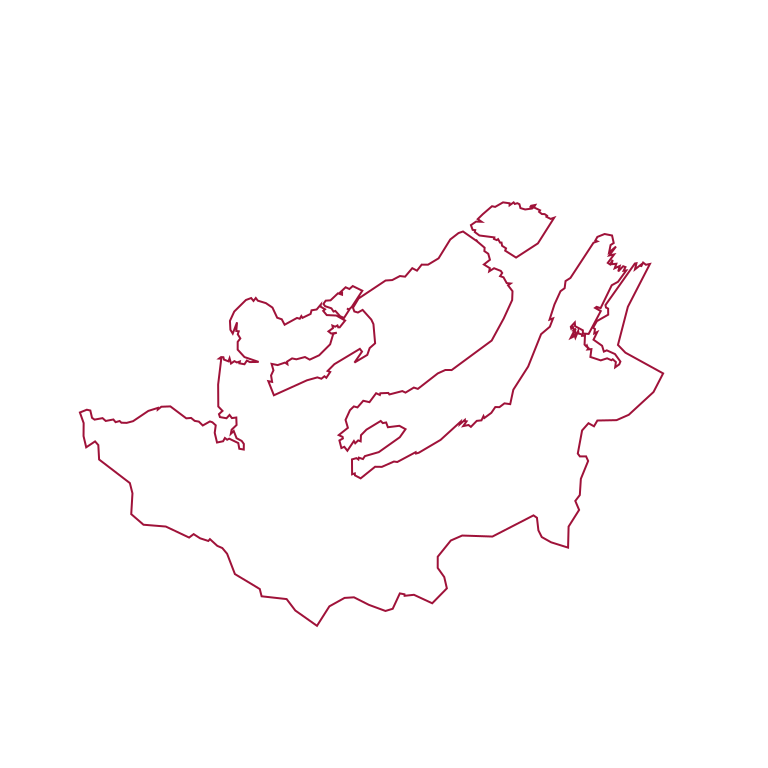 Hyllestad nor, Sogn og Fjordane, Norway (Albers equal-area conic projection), rotated 122°
{"feature_id": "86288312B29957343323174", "entity_name": "Hyllestad nor", "entity_type": "district", "adm_level": 2, "iso_a3": "NOR", "parent_name": "Norway", "parent_adm1": "Sogn og Fjordane", "projection": "albers", "projection_center": [5.193, 61.176], "detail": "fine", "context": "isolated", "style": "outline", "palette": "rose", "viewbox_px": 768, "rotation_deg": 122, "n_neighbors": 0, "source": "geoboundaries", "source_scale": "gbopen_adm2", "svg_char_len": 6156}
<svg xmlns="http://www.w3.org/2000/svg" viewBox="0 0 768 768"><g transform="rotate(122 384 384)"><path d="M141.3,222.1L144.1,225.1L143.7,228.6L148.4,228.2L146.6,229.3L153.8,231.9L147.8,233.9L148.9,235.1L199.7,238.0L201.5,236.3L201.3,233.9L206.4,230.6L217.9,236.8L225.5,236.5L225.6,234.2L229.7,232.5L226.9,230.7L235.4,229.8L236.0,219.3L240.0,214.7L237.4,212.9L236.2,204.0L239.7,195.4L242.7,194.9L247.3,196.8L242.5,199.0L241.8,203.1L243.3,203.7L244.0,208.4L249.1,212.7L251.7,223.3L244.5,226.6L246.8,229.6L244.4,229.5L245.6,230.1L243.8,232.4L244.9,232.5L244.3,234.8L236.5,239.2L238.2,241.6L237.0,242.2L238.1,245.7L236.2,247.4L243.3,246.2L242.1,247.6L246.1,250.1L238.7,250.8L242.0,249.9L240.3,247.5L237.9,249.8L238.4,251.6L235.6,250.3L237.3,252.1L235.7,253.8L237.8,254.5L236.5,255.9L230.7,254.8L233.7,252.6L233.1,243.8L235.8,242.1L233.1,237.0L207.3,238.8L207.6,245.3L205.9,244.6L204.9,240.5L179.6,243.2L173.3,239.7L159.3,238.7L161.0,240.8L156.9,241.2L157.4,243.6L164.4,245.0L159.0,246.6L163.6,249.7L158.9,250.7L161.7,254.3L157.6,255.9L162.8,255.5L162.7,258.4L152.2,257.5L155.6,261.1L144.5,260.1L153.2,262.8L146.1,265.5L142.7,263.9L137.2,269.3L139.9,276.4L146.2,281.0L150.3,280.8L150.0,278.7L153.2,281.2L195.3,282.1L200.5,284.6L207.0,281.6L211.8,283.5L226.2,281.6L241.7,277.7L238.8,275.4L247.6,273.7L258.5,277.2L292.8,271.0L320.3,271.3L334.2,266.3L336.6,271.6L342.4,273.8L344.6,277.4L351.6,277.7L359.7,280.9L358.5,282.6L363.2,282.1L366.1,285.8L374.3,287.6L374.0,290.6L377.7,294.5L371.9,294.2L372.6,295.7L371.6,296.4L377.9,298.3L375.4,299.1L401.4,306.4L423.9,318.1L426.0,320.0L425.0,321.0L443.1,331.4L444.5,334.5L455.4,341.9L458.9,347.7L476.4,353.8L476.9,360.2L475.3,361.4L477.5,363.2L464.9,371.2L461.5,368.1L461.6,365.7L459.8,366.3L458.8,362.1L455.3,362.0L444.5,352.3L420.8,342.4L410.9,341.8L411.3,348.8L418.6,357.8L415.5,361.8L417.8,364.3L417.1,367.2L432.0,374.7L439.6,376.4L445.0,373.4L445.5,376.0L449.5,377.0L448.3,379.3L460.0,379.7L458.3,384.4L460.9,386.2L455.5,391.9L452.0,390.0L450.8,391.1L451.3,395.3L440.3,391.4L434.8,397.6L424.2,399.0L419.0,397.7L417.9,394.1L409.2,392.7L407.1,386.7L396.0,385.8L395.5,381.7L393.8,382.2L389.3,375.6L390.0,373.9L380.3,364.7L379.9,361.2L371.2,356.8L370.2,352.7L346.5,344.0L339.6,339.4L336.3,334.0L290.1,315.7L264.9,317.2L244.9,319.8L237.2,324.2L234.6,331.1L231.7,329.9L233.4,333.4L230.2,339.2L231.0,342.7L227.2,342.6L226.2,344.9L227.5,352.0L232.7,354.5L229.7,355.6L229.7,362.6L222.5,360.0L218.3,364.6L218.1,369.3L215.1,370.9L213.6,381.4L212.4,381.4L213.6,382.0L212.8,397.8L216.5,400.8L226.3,404.4L248.5,404.3L259.5,409.9L262.8,415.3L270.4,416.1L270.8,421.4L281.8,423.0L284.0,427.7L291.5,432.1L295.4,437.5L325.0,450.9L335.8,450.7L338.2,447.6L337.2,444.0L332.5,441.4L336.1,428.9L338.8,424.7L354.2,413.1L361.1,415.2L368.2,413.6L381.5,420.4L368.2,419.8L367.0,423.1L393.5,436.6L402.8,438.7L402.3,436.0L409.3,436.2L409.0,438.6L412.7,439.9L413.7,444.0L421.7,451.3L451.9,471.4L442.9,483.6L441.5,480.0L436.6,484.3L431.0,485.0L426.5,490.0L424.3,484.2L418.3,479.3L418.4,476.4L416.4,478.1L411.0,475.5L409.5,471.4L403.0,465.3L402.7,459.9L394.0,454.2L378.9,450.7L368.4,453.6L365.5,451.2L369.2,455.5L368.8,459.0L363.7,456.9L361.8,458.7L361.3,455.8L359.0,454.5L360.2,452.8L359.4,451.6L350.8,450.6L351.2,460.7L355.9,469.1L354.2,474.3L351.9,473.6L352.0,478.9L350.1,479.7L356.5,480.6L359.9,484.5L363.5,483.4L371.1,488.2L370.2,490.1L373.3,490.0L374.1,492.8L386.4,499.7L383.3,505.0L384.4,509.7L378.3,519.1L378.0,527.0L380.2,535.2L379.0,538.3L382.7,538.7L381.5,542.2L385.9,545.6L401.9,549.4L412.1,548.1L419.4,543.0L421.4,539.0L409.6,541.3L417.3,537.4L416.3,535.1L419.3,534.4L421.5,530.0L425.8,530.4L432.4,526.3L435.1,516.6L431.7,502.0L436.5,509.4L436.8,512.7L441.2,512.8L443.1,517.6L441.3,518.2L443.7,520.2L443.9,523.0L447.7,524.6L444.0,528.6L447.2,527.9L448.1,532.6L446.4,534.4L447.5,536.4L449.8,537.3L448.8,535.4L472.3,524.4L490.9,512.6L492.4,506.7L497.0,508.0L499.0,505.6L496.5,499.4L492.1,498.6L493.5,494.9L490.7,491.5L496.9,487.3L503.5,489.0L507.4,487.5L503.5,486.5L508.1,480.3L507.7,474.5L509.1,471.1L513.9,468.2L515.6,472.4L511.3,476.3L512.4,486.3L514.4,487.5L514.1,490.3L517.8,490.1L522.1,494.6L515.1,501.7L508.2,504.8L507.4,509.2L508.0,511.8L515.2,515.7L514.0,521.1L515.6,525.0L515.0,529.6L517.9,533.5L516.2,553.3L521.3,560.8L525.6,562.3L524.1,563.1L531.7,569.6L548.5,577.1L553.3,581.6L556.0,586.2L555.5,588.6L558.6,591.4L557.5,594.7L562.8,600.4L562.1,604.6L567.6,610.6L567.4,613.7L562.1,619.0L563.3,622.4L569.3,626.8L576.3,618.0L587.4,611.2L595.5,603.0L585.8,598.6L587.2,593.9L599.0,585.6L602.7,547.0L610.0,539.4L628.3,529.4L630.8,513.4L620.5,493.5L617.5,467.9L612.2,465.9L612.3,458.2L610.2,449.8L607.8,449.4L609.6,439.6L608.8,434.2L611.1,427.1L624.2,409.7L623.7,380.7L628.9,375.3L618.0,352.6L623.1,339.2L624.6,312.7L601.5,312.5L586.3,304.1L580.8,296.4L579.3,279.8L575.7,262.5L570.0,257.5L553.2,259.6L551.5,255.2L552.7,254.3L546.9,246.9L544.4,226.9L524.0,222.4L515.8,230.6L511.5,241.0L502.0,246.9L481.3,244.4L471.1,237.4L455.9,211.2L416.2,187.6L416.4,183.4L426.3,175.5L430.2,169.1L429.7,158.4L425.2,141.2L407.1,151.9L387.4,151.8L381.8,159.8L374.4,159.1L360.1,166.8L341.1,170.1L338.3,174.3L341.6,179.5L340.3,182.8L318.4,191.4L308.9,189.8L308.6,183.5L301.9,183.7L291.4,167.6L280.4,160.1L248.0,151.2L227.1,152.9L229.5,195.9L226.9,206.3L189.3,218.1L141.3,222.1ZM183.2,328.0L152.8,327.8L155.7,330.2L156.1,334.9L154.9,334.9L154.8,337.8L156.2,340.2L155.8,343.7L154.0,343.7L154.8,350.5L152.0,350.6L154.9,353.7L156.0,353.7L155.2,350.9L156.7,351.4L161.2,356.8L162.5,361.5L159.8,364.4L160.0,366.7L162.0,368.5L161.3,370.3L165.9,372.2L164.2,373.3L166.9,379.3L174.9,383.6L176.0,386.6L187.6,390.2L194.5,391.9L194.7,387.2L197.5,392.0L203.2,394.5L206.3,390.5L205.2,388.2L207.0,387.6L207.5,381.8L201.2,368.1L202.7,367.6L202.2,364.6L200.7,364.0L202.6,360.5L201.8,359.3L204.2,357.1L204.3,352.4L206.7,351.9L206.8,339.0L183.2,328.0ZM335.6,452.2L316.4,451.8L317.5,462.4L321.8,463.7L322.3,467.8L329.8,469.8L328.7,468.0L330.5,466.9L331.5,471.1L341.4,473.7L344.2,477.6L348.2,477.8L349.2,475.2L347.7,468.7L349.3,465.2L347.8,464.0L349.8,457.0L349.1,452.9L339.7,452.8L339.6,455.4L339.3,453.1L335.6,452.2Z" fill="none" stroke="#9f1239" stroke-width="2"/></g></svg>